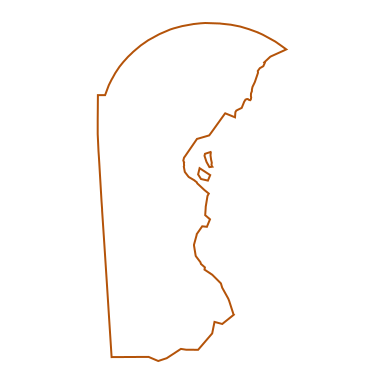 the district of New Castle, Delaware, United States of America
{"feature_id": "52423323B5401944400866", "entity_name": "New Castle", "entity_type": "district", "adm_level": 2, "iso_a3": "USA", "parent_name": "United States of America", "parent_adm1": "Delaware", "projection": "natural_earth1", "projection_center": [-75.59, 39.565], "detail": "fine", "context": "isolated", "style": "outline", "palette": "amber", "viewbox_px": 384, "rotation_deg": 0, "n_neighbors": 0, "source": "geoboundaries", "source_scale": "gbopen_adm2", "svg_char_len": 2163}
<svg xmlns="http://www.w3.org/2000/svg" viewBox="0 0 384 384"><path d="M97.9,95.1L97.8,108.3L97.8,108.5L97.7,119.6L97.7,120.4L97.7,126.3L97.7,134.2L98.0,140.5L98.3,147.0L98.5,151.3L98.9,157.0L99.3,163.5L101.5,200.8L102.1,209.4L102.1,210.0L102.1,210.5L104.3,243.7L106.9,283.7L108.4,307.3L111.6,357.1L148.6,356.9L158.2,361.0L166.7,358.2L180.9,348.9L186.0,349.7L198.1,349.8L212.2,333.4L214.5,321.9L222.2,324.0L233.8,314.7L233.5,314.4L229.2,301.0L228.3,298.7L222.2,287.7L220.9,283.4L212.3,274.8L204.5,269.6L204.9,267.4L201.0,264.0L200.4,262.2L195.8,256.1L195.6,255.3L194.0,245.5L194.0,244.7L196.7,234.8L196.7,234.2L202.2,226.3L206.9,226.8L210.0,219.3L205.2,215.2L205.7,207.8L205.7,206.9L207.5,195.9L208.0,195.0L208.3,194.5L208.8,193.6L205.0,190.5L204.6,190.2L197.5,183.6L197.2,183.3L196.9,182.5L196.7,182.2L194.6,180.6L194.5,180.4L188.9,177.1L188.3,176.5L184.8,171.9L183.8,166.5L184.0,166.1L184.1,165.8L183.9,162.6L184.1,162.3L183.6,161.3L183.3,160.5L183.7,159.0L184.0,157.8L184.2,157.4L184.7,156.8L197.0,138.9L198.2,138.6L209.2,135.4L212.0,131.6L225.0,113.5L225.2,113.3L235.0,117.3L235.4,112.1L236.3,110.6L237.8,109.8L241.7,107.9L243.6,103.2L244.1,101.9L245.5,99.6L247.1,99.0L248.1,99.2L248.8,99.8L250.2,100.2L250.8,99.5L251.2,97.4L250.9,96.1L251.0,93.5L251.9,91.1L251.9,89.6L252.5,86.9L254.4,83.0L254.9,81.9L258.0,72.8L257.8,71.0L259.8,68.2L263.3,66.2L264.8,62.9L264.3,62.7L264.1,62.5L264.2,62.4L270.2,56.8L271.1,56.3L283.3,50.8L286.3,49.4L281.6,46.0L275.2,41.5L262.6,34.6L259.5,33.2L258.3,32.7L257.8,32.5L257.8,32.4L249.0,29.2L240.4,26.6L240.0,26.5L230.8,24.7L220.5,23.6L220.2,23.5L205.2,23.0L200.6,23.3L194.0,24.0L193.8,24.0L193.2,24.1L192.7,24.2L182.2,26.1L173.6,28.4L170.2,29.5L159.7,34.0L157.6,35.1L148.3,40.2L140.8,45.4L136.5,49.0L133.1,51.9L131.9,53.1L129.7,55.2L128.1,56.7L123.4,61.9L119.5,66.7L115.3,73.0L112.2,78.6L111.7,79.4L108.8,85.2L105.1,95.1L97.9,95.1ZM199.6,168.2L198.1,174.4L201.0,179.0L207.9,180.6L210.2,175.1L199.6,168.2ZM210.6,152.0L205.0,153.8L204.5,155.8L206.5,161.9L209.4,167.1L211.1,166.9L212.3,166.7L211.9,166.2L211.5,164.7L211.8,162.8L211.1,159.7L210.5,155.4L210.8,152.4L210.6,152.0Z" fill="none" stroke="#b45309" stroke-width="2"/></svg>